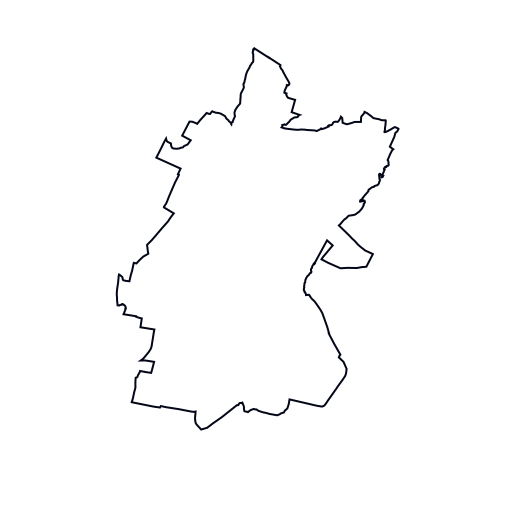 the district of Todiresti, Vaslui, Romania, rotated 206°
{"feature_id": "2599482B7310026147144", "entity_name": "Todiresti", "entity_type": "district", "adm_level": 2, "iso_a3": "ROU", "parent_name": "Romania", "parent_adm1": "Vaslui", "projection": "albers", "projection_center": [27.385, 46.85], "detail": "fine", "context": "isolated", "style": "outline", "palette": "ink", "viewbox_px": 512, "rotation_deg": 206, "n_neighbors": 0, "source": "geoboundaries", "source_scale": "gbopen_adm2", "svg_char_len": 6115}
<svg xmlns="http://www.w3.org/2000/svg" viewBox="0 0 512 512"><g transform="rotate(206 256 256)"><path d="M348.7,441.5L349.0,440.9L349.1,440.4L348.5,439.0L348.3,437.8L348.0,437.1L347.2,436.5L346.4,435.1L343.8,429.8L343.7,429.2L344.3,427.4L344.3,426.1L344.7,424.4L344.5,423.3L344.8,418.0L344.7,416.6L344.4,414.3L343.8,411.9L343.3,410.5L343.2,409.4L342.6,407.0L342.5,405.7L342.7,405.0L340.9,402.4L340.7,401.4L340.7,398.7L340.8,396.3L340.7,394.8L340.1,393.4L339.2,391.5L339.1,390.7L338.3,389.1L337.1,386.0L338.1,382.3L338.6,378.4L338.3,375.7L337.5,374.2L336.1,372.3L336.1,369.5L335.9,366.7L335.7,366.4L336.1,366.1L336.3,364.9L335.9,363.6L336.3,363.8L336.4,364.2L336.7,364.6L338.9,365.1L340.6,366.0L342.5,366.4L343.5,366.9L344.8,368.0L345.6,368.2L350.2,368.5L352.4,368.1L354.9,367.2L357.0,366.9L358.7,366.9L359.0,366.3L359.6,363.5L360.7,363.1L363.1,362.9L363.7,360.5L365.6,354.2L366.8,349.0L368.1,349.1L371.6,348.8L372.3,348.7L374.7,347.6L375.1,331.8L365.4,331.4L366.4,326.2L369.0,323.1L369.1,322.2L369.4,321.5L371.1,320.3L371.9,319.2L374.3,317.6L377.4,316.4L378.7,316.4L380.1,317.4L381.1,318.6L381.5,319.5L381.9,319.9L385.5,319.8L387.1,320.6L388.3,322.1L388.5,318.6L388.5,309.7L388.7,300.7L362.1,301.5L362.0,295.2L360.9,295.2L360.8,294.7L361.0,286.4L360.3,271.6L359.8,265.4L359.8,263.4L360.3,259.8L360.2,259.5L359.9,259.3L348.6,258.3L349.6,253.4L350.3,248.3L352.8,239.4L355.1,230.3L356.7,224.3L358.8,218.3L355.4,213.0L353.8,210.8L357.1,206.0L358.9,201.2L360.2,196.9L362.8,196.3L362.4,194.4L360.9,188.5L360.2,184.2L358.7,177.8L362.7,176.4L364.4,176.1L364.9,176.1L365.4,176.5L366.8,178.4L369.6,179.2L371.0,179.3L370.7,178.0L368.3,171.7L366.5,165.9L365.0,161.9L363.7,159.3L362.5,157.5L361.9,156.0L358.8,151.0L357.1,151.6L356.7,152.5L355.2,153.4L355.2,154.2L354.8,154.4L352.0,153.9L350.6,152.8L350.4,151.6L350.0,151.6L349.5,145.6L337.7,149.2L337.7,148.9L337.4,148.8L334.2,149.2L331.3,149.8L328.6,141.3L315.1,145.4L314.6,143.3L310.2,128.9L309.9,126.6L310.1,124.3L310.4,122.3L312.1,115.2L312.6,113.7L313.8,111.5L309.9,113.5L301.2,116.2L299.6,108.4L299.0,105.0L303.7,103.5L309.8,101.8L309.6,100.7L309.8,97.2L309.6,95.3L309.9,94.6L310.7,93.9L310.7,93.5L308.9,89.3L306.7,84.9L305.7,79.9L304.2,73.9L303.6,70.1L282.1,75.7L275.9,77.7L275.8,79.4L270.5,80.7L258.3,84.5L246.3,87.7L243.7,88.6L242.1,89.7L239.8,83.7L238.4,81.3L237.3,79.8L236.4,79.0L235.3,78.4L229.2,76.0L224.6,80.2L221.5,86.4L216.1,96.1L207.7,113.7L206.9,113.9L206.6,114.1L206.5,114.5L206.5,115.6L206.3,116.5L205.7,117.1L204.5,117.4L204.1,118.2L203.5,117.8L201.0,115.5L200.3,114.4L200.0,113.6L198.5,111.5L197.5,111.5L195.9,112.1L194.8,112.1L193.9,114.1L193.0,115.5L191.2,117.3L190.7,117.7L189.5,117.7L188.2,118.3L186.2,117.9L181.5,118.5L177.6,119.5L174.9,119.9L167.2,122.1L165.5,123.9L164.4,125.7L162.4,127.5L162.3,127.8L162.3,129.7L161.9,130.4L161.0,132.7L161.6,137.0L163.0,141.8L135.6,148.1L130.6,149.6L129.3,151.1L128.8,152.2L128.4,154.4L128.0,157.6L125.7,171.7L125.3,174.8L124.0,182.0L123.3,186.9L123.3,187.8L123.6,190.0L124.9,193.7L125.0,194.2L130.9,199.2L137.1,201.2L137.2,203.0L136.9,204.3L147.2,211.3L156.0,217.8L156.7,218.4L156.5,218.6L160.9,223.5L171.2,233.6L174.5,235.9L179.9,239.0L183.7,241.0L187.1,242.0L190.1,243.6L190.5,244.1L191.5,244.3L193.9,242.8L194.8,244.0L195.5,244.4L195.9,244.9L196.4,244.8L196.9,245.2L197.4,245.8L197.5,246.2L198.0,246.4L198.4,246.8L198.8,248.8L199.4,249.5L199.6,250.5L200.0,251.6L200.2,251.9L200.3,252.6L200.5,253.0L200.3,253.9L201.1,256.1L201.2,258.2L201.0,260.4L200.1,262.5L200.1,264.0L199.3,264.8L199.2,266.0L199.7,266.3L199.9,266.9L200.4,267.3L200.7,268.1L200.8,268.9L200.5,269.7L200.9,271.5L200.7,273.5L200.1,274.0L199.9,274.8L200.6,274.8L200.4,275.8L200.1,275.9L200.0,279.5L199.0,301.2L191.7,299.1L195.4,284.2L195.7,281.7L188.2,281.5L174.7,282.0L168.5,285.5L160.1,289.4L155.9,292.5L153.2,294.0L152.1,294.8L151.8,309.0L160.3,308.8L165.4,309.9L169.2,310.9L174.4,313.0L177.0,313.7L181.5,315.4L194.9,319.8L194.1,321.9L193.3,325.2L192.5,327.8L191.6,329.2L190.4,332.8L186.4,335.5L184.9,336.9L182.6,341.3L181.6,345.1L181.5,347.1L181.5,349.2L182.0,349.7L181.6,352.0L182.0,352.2L182.4,353.1L182.7,353.3L186.2,350.5L186.5,350.7L186.6,352.1L186.3,352.5L185.0,353.3L185.0,353.8L185.7,354.3L184.8,358.3L183.4,363.4L183.8,364.5L183.8,365.0L182.9,366.5L182.0,368.4L181.5,369.0L180.3,369.9L180.2,370.8L177.9,373.0L177.5,374.1L177.4,375.2L177.7,376.6L177.7,378.0L177.9,378.7L179.0,379.5L179.1,380.5L179.5,380.6L181.1,383.0L181.1,383.7L180.9,384.1L180.3,384.2L179.4,383.9L177.4,381.9L176.8,382.6L176.8,383.5L177.5,383.1L177.8,383.4L178.3,390.3L179.2,390.3L179.3,390.8L179.1,392.0L178.9,392.7L177.9,393.1L177.9,393.6L178.1,394.0L176.7,395.2L176.7,395.6L176.7,396.1L177.3,396.9L178.0,398.4L179.3,399.9L179.8,400.0L179.9,403.6L180.1,405.7L180.0,410.1L179.8,411.3L179.4,412.1L183.6,412.9L183.9,423.6L184.7,427.7L183.7,429.9L183.6,432.7L184.2,432.9L187.5,432.8L188.1,432.3L190.8,428.2L193.5,424.6L194.8,423.7L195.0,423.8L195.3,425.6L196.1,427.4L197.2,430.9L198.8,434.7L199.2,434.7L201.9,433.4L203.3,433.0L204.8,433.0L210.9,431.4L214.0,432.2L218.8,433.1L221.6,433.1L221.4,432.1L221.8,429.9L222.4,428.1L222.4,427.0L220.5,422.5L226.0,419.8L229.5,416.4L232.1,414.2L236.5,413.7L239.0,417.8L240.7,418.4L240.6,416.0L241.0,413.2L241.4,412.3L243.3,411.7L244.8,410.4L245.1,409.6L245.1,407.6L245.8,406.5L247.6,405.7L248.2,404.6L247.5,404.2L250.0,401.2L251.9,399.4L252.6,398.8L253.4,399.1L253.5,398.6L254.2,397.5L256.2,394.9L258.2,394.6L265.5,391.6L267.9,390.8L271.4,389.2L272.7,388.3L274.5,387.4L277.5,386.2L284.3,383.8L286.0,383.4L286.1,383.2L289.4,382.8L289.2,384.2L289.8,385.3L289.1,385.7L288.1,386.8L287.3,386.7L286.5,387.1L285.0,391.4L284.7,393.2L284.2,394.3L282.2,397.4L280.2,398.6L279.5,399.2L279.3,400.8L279.0,401.6L278.7,401.9L287.0,400.9L289.3,413.5L296.5,412.2L297.9,412.9L299.5,414.2L299.8,415.5L302.1,415.2L302.7,417.2L302.8,420.9L302.7,422.4L303.3,423.1L303.2,423.3L302.0,423.4L301.7,423.6L301.4,424.9L301.4,425.3L301.7,425.8L302.8,426.8L307.0,429.6L312.3,433.4L313.6,434.5L315.9,435.5L317.4,437.0L317.6,437.0L317.7,438.3L331.8,440.1L331.7,439.9L348.5,441.9L348.5,441.3L348.7,441.5Z" fill="none" stroke="#020617" stroke-width="2"/></g></svg>